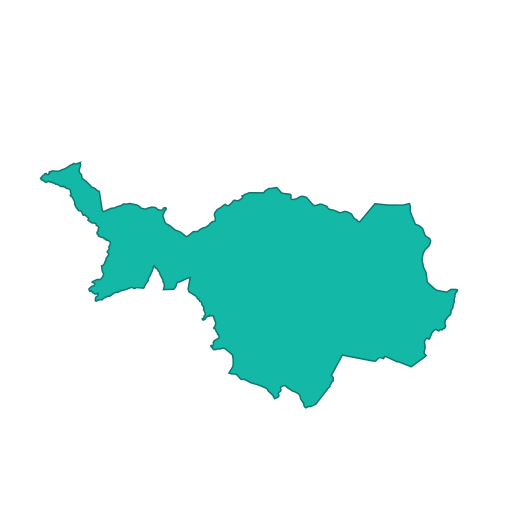 Xochitlán de Vicente Suárez, Puebla, Mexico (Mercator projection), rotated 63°
{"feature_id": "50627088B61548157381216", "entity_name": "Xochitlán de Vicente Suárez", "entity_type": "district", "adm_level": 2, "iso_a3": "MEX", "parent_name": "Mexico", "parent_adm1": "Puebla", "projection": "mercator", "projection_center": [-97.672, 19.934], "detail": "fine", "context": "isolated", "style": "filled", "palette": "teal", "viewbox_px": 512, "rotation_deg": 63, "n_neighbors": 0, "source": "geoboundaries", "source_scale": "gbopen_adm2", "svg_char_len": 6106}
<svg xmlns="http://www.w3.org/2000/svg" viewBox="0 0 512 512"><g transform="rotate(63 256 256)"><path d="M377.7,91.9L376.7,92.8L374.3,97.4L374.8,102.6L368.5,110.6L366.6,111.7L357.9,115.0L356.2,115.0L349.4,112.4L346.7,111.9L342.4,111.9L334.6,109.8L329.7,106.0L327.3,102.7L325.6,97.6L324.2,95.6L322.7,94.1L321.5,93.4L319.0,93.5L316.2,95.4L314.3,96.0L307.4,95.1L305.9,95.5L302.7,97.1L300.2,99.6L287.3,98.5L284.3,97.4L282.4,96.1L279.0,95.4L277.4,102.0L270.4,115.5L263.4,126.3L272.7,148.0L271.1,149.6L269.6,149.9L266.8,151.6L262.0,151.8L258.3,154.5L256.6,156.5L255.9,160.8L255.0,162.2L251.0,165.4L247.5,169.7L245.0,170.4L244.1,170.2L239.7,174.0L238.9,175.4L238.2,179.5L237.4,181.4L235.6,182.2L226.7,184.4L224.5,186.7L223.6,188.0L223.3,189.4L223.2,191.2L223.5,193.2L222.8,196.8L221.5,198.7L220.6,198.8L217.7,197.2L216.6,197.4L212.3,203.7L211.3,204.6L205.1,206.1L204.2,206.8L202.7,211.9L201.7,213.8L202.1,218.3L203.2,220.5L196.6,233.2L196.1,238.4L196.6,240.3L196.1,241.1L197.9,241.6L198.3,242.2L198.7,245.5L198.5,247.3L196.4,250.1L196.6,251.4L197.9,254.0L198.7,257.9L197.6,259.2L196.0,259.9L196.1,262.1L196.9,265.4L197.0,269.5L199.0,273.4L200.7,274.6L203.8,275.0L206.4,276.6L205.6,279.4L206.2,282.3L207.1,284.0L207.6,288.0L206.9,290.3L207.0,294.0L207.7,296.8L205.8,300.8L207.2,306.7L207.2,309.4L200.1,312.6L196.1,316.3L189.8,319.0L189.4,319.7L188.3,319.8L186.5,321.5L184.6,321.8L177.7,320.7L176.6,319.7L174.5,316.8L173.5,314.6L172.6,314.4L171.7,314.9L171.3,316.6L172.5,318.4L172.2,319.8L170.6,322.0L169.3,322.8L167.6,323.3L166.3,324.6L165.1,326.8L164.2,330.8L164.1,333.3L161.0,336.8L159.1,337.3L156.5,338.9L152.0,344.5L150.8,348.4L149.5,350.2L149.8,353.6L148.9,357.6L149.0,360.1L147.6,363.9L147.7,366.2L147.3,367.2L147.6,369.2L147.1,371.7L146.5,372.3L145.5,372.3L127.4,366.3L125.0,368.1L122.8,368.8L121.4,369.7L119.8,371.4L118.6,371.4L112.4,373.4L109.5,375.0L107.4,375.6L104.5,374.6L101.4,375.3L99.5,374.9L95.1,370.8L93.9,370.8L93.0,369.9L92.3,374.6L91.7,375.7L90.9,376.1L90.7,376.8L91.1,378.0L90.8,380.5L91.4,383.8L91.5,387.2L91.0,389.7L91.0,392.2L90.4,394.4L87.8,398.7L87.5,399.6L87.7,400.2L87.2,401.8L87.3,402.2L88.6,402.3L88.6,403.3L89.2,403.8L88.5,405.4L87.2,405.5L86.8,406.8L87.6,407.9L87.6,409.2L88.9,412.7L90.8,412.6L92.2,411.2L94.7,410.1L95.1,409.6L95.2,407.0L96.9,405.7L97.0,404.8L98.8,403.8L99.6,402.3L101.2,401.9L102.1,400.2L105.3,398.5L106.2,397.2L105.9,396.7L106.4,396.5L106.5,395.8L107.2,395.8L107.4,395.5L107.4,394.8L109.7,394.3L111.1,392.4L112.6,391.5L115.5,392.4L116.6,392.3L117.2,392.6L117.5,393.8L117.9,394.1L120.2,393.0L125.4,392.9L127.5,394.0L131.1,394.2L135.1,393.4L136.3,391.7L137.2,391.3L141.1,391.5L141.5,391.0L141.8,389.7L146.1,388.0L147.2,388.5L147.4,389.2L147.9,389.5L152.1,387.1L153.4,384.9L154.6,384.0L156.3,384.3L158.2,383.0L159.5,383.1L160.1,384.2L161.7,385.0L162.9,387.0L164.0,387.6L165.1,386.6L166.0,387.3L166.8,387.2L168.2,386.2L168.3,385.7L169.2,385.4L170.2,383.8L171.2,383.2L171.9,383.4L172.6,382.2L173.5,382.3L173.6,381.8L174.4,381.7L175.0,380.6L175.9,380.1L178.0,379.6L179.7,381.0L180.9,382.9L183.1,383.5L184.6,386.7L187.6,386.4L188.2,386.8L190.2,390.9L191.7,391.6L192.0,392.5L192.6,392.6L192.8,393.4L193.8,394.3L194.9,396.3L194.6,398.0L199.3,399.8L202.7,399.9L204.1,401.0L205.7,403.4L206.2,405.7L204.9,407.9L204.6,413.6L204.9,413.9L207.1,412.1L208.4,412.9L209.0,413.9L208.6,415.1L208.6,416.7L209.4,419.6L210.0,420.1L212.2,420.1L212.3,418.5L214.4,418.2L215.7,417.2L216.5,417.1L217.4,415.8L217.3,413.7L217.5,413.6L219.7,415.0L220.0,417.4L220.4,417.9L222.1,419.1L223.1,419.4L223.8,418.5L223.6,416.9L224.2,414.7L225.1,413.3L224.3,409.2L224.6,408.4L224.5,406.5L225.2,405.2L225.4,404.0L224.6,399.0L225.1,396.2L225.8,395.2L225.6,394.3L225.7,392.1L226.8,387.3L227.4,381.2L228.2,380.1L229.4,379.7L229.9,378.7L229.9,376.7L233.7,370.6L231.0,367.2L229.1,363.3L226.9,361.7L225.2,359.0L222.3,355.4L218.6,351.8L218.4,350.9L220.9,351.1L222.8,349.8L225.1,349.9L226.3,349.3L228.8,349.9L235.1,349.8L236.4,350.5L238.7,350.4L239.9,350.8L241.6,351.6L243.9,353.8L248.3,344.4L247.3,341.9L243.7,338.1L244.4,335.9L244.7,326.6L245.4,324.5L254.5,331.4L255.3,331.6L257.5,331.9L265.2,327.3L267.5,327.6L268.5,326.7L270.8,326.7L272.0,325.6L273.1,325.5L274.8,326.3L277.4,325.8L278.6,326.0L280.3,327.0L284.4,327.3L285.6,328.3L286.0,329.6L286.7,329.8L287.6,331.1L287.6,332.5L288.4,332.5L289.1,332.2L289.3,330.4L288.4,328.9L287.8,326.5L288.5,324.7L287.5,324.1L289.1,322.8L290.0,321.1L292.9,321.8L295.3,321.9L297.3,322.3L298.7,323.1L300.7,325.5L300.9,326.4L301.3,326.4L301.8,325.7L303.8,325.4L304.6,325.8L307.8,325.3L308.4,325.8L309.7,325.2L311.6,325.5L312.3,326.9L312.5,331.5L313.5,333.3L315.1,333.8L316.5,335.5L316.4,336.6L315.4,336.5L315.5,337.1L317.1,337.1L318.0,336.5L320.0,336.4L320.8,335.1L321.7,331.4L322.6,330.2L323.0,327.1L324.3,325.8L331.0,322.8L334.3,321.8L335.0,322.5L337.2,323.0L342.5,325.7L344.2,327.0L348.0,333.3L349.7,331.6L351.9,327.9L353.1,327.0L358.7,325.5L359.3,325.0L361.1,321.9L366.3,318.4L372.7,311.7L378.8,306.7L380.4,306.2L381.3,306.5L387.3,304.4L391.6,304.1L391.8,301.0L391.4,299.4L390.2,298.7L388.6,298.6L387.9,297.4L387.8,295.8L386.8,294.6L384.5,294.0L384.0,293.4L383.9,291.1L384.7,289.0L385.5,288.3L387.0,288.1L388.0,287.6L393.4,284.4L394.3,283.2L397.8,280.9L400.1,280.2L403.8,281.1L408.9,280.5L412.1,281.3L413.9,280.5L414.0,277.3L415.0,275.7L415.2,270.0L406.3,251.0L405.9,249.3L404.4,248.6L404.1,247.4L402.7,246.1L402.5,244.2L399.6,242.4L397.5,242.7L396.8,243.3L383.5,224.1L403.1,198.9L403.9,197.0L402.4,192.9L403.3,190.9L405.3,189.0L404.0,186.9L404.9,185.7L414.6,178.0L414.5,177.4L425.2,168.0L422.5,151.2L421.9,149.5L419.7,150.3L418.0,150.0L416.0,148.0L413.4,146.3L409.1,145.0L407.7,143.5L406.8,141.5L407.1,140.5L408.2,140.2L408.7,139.1L404.7,134.6L403.3,131.9L403.0,130.5L403.2,128.8L405.4,127.7L405.8,126.9L405.3,126.0L405.5,124.6L406.4,123.8L405.8,122.4L406.1,120.9L405.8,120.2L404.5,118.8L402.6,118.6L401.5,118.2L398.9,116.2L398.8,115.0L397.6,113.5L396.7,110.0L395.5,108.3L393.4,107.2L391.6,104.3L388.1,101.7L387.0,100.2L386.2,99.8L385.4,99.8L382.4,97.1L380.9,96.5L380.5,95.6L379.6,94.9L378.6,92.6L377.7,91.9Z" fill="#14b8a6" stroke="#0f766e" stroke-width="1.5"/></g></svg>